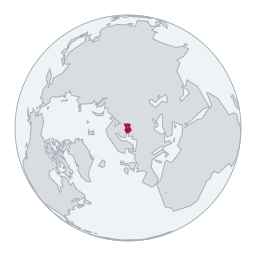 Leningrad on an orthographic globe, rotated 271°
{"feature_id": "RUS-2336", "entity_name": "Leningrad", "entity_type": "Region", "adm_level": 1, "iso_a3": "RUS", "parent_name": "Russia", "parent_adm1": "", "projection": "orthographic", "projection_center": [31.635, 59.881], "detail": "fine", "context": "on_globe", "style": "filled", "palette": "rose", "viewbox_px": 256, "rotation_deg": 271, "n_neighbors": 0, "source": "natural_earth", "source_scale": "10m", "svg_char_len": 12787}
<svg xmlns="http://www.w3.org/2000/svg" viewBox="0 0 256 256"><g transform="rotate(271 128 128)"><circle cx="128" cy="128" r="113" fill="#eef3f6" stroke="#a8b0b8"/><path d="M59.1,38.9L75.0,29.2L64.7,34.8L68.5,32.4L73.2,29.6L72.4,30.2L79.3,27.2L84.8,24.9L93.1,23.5L97.8,26.4L94.7,26.9L96.2,27.7L100.3,27.2L102.6,26.7L113.3,30.1L126.8,31.2L131.4,29.6L130.1,31.7L139.0,27.5L146.5,27.6L137.8,28.7L136.8,29.9L141.8,30.5L141.8,31.8L144.2,32.9L143.7,34.5L138.7,35.2L138.3,36.3L141.9,36.7L143.7,38.7L138.5,37.9L141.1,41.4L133.1,43.6L119.7,40.9L115.0,44.2L100.5,46.9L101.5,48.3L96.7,50.4L96.2,52.8L93.6,52.8L95.4,54.8L97.8,54.4L99.4,55.1L99.3,56.6L96.0,56.8L95.6,56.1L94.6,56.9L93.0,56.4L93.8,57.4L89.8,57.6L93.5,59.6L90.2,61.6L87.7,61.1L88.2,58.3L83.6,50.8L81.2,49.8L77.2,51.0L69.2,59.1L66.4,59.2L62.4,61.5L63.8,62.6L67.4,61.3L69.0,64.1L73.2,62.3L74.5,63.2L78.7,62.7L77.8,65.9L74.5,69.4L71.0,70.1L69.4,71.7L72.6,73.7L65.7,77.7L60.7,85.4L59.0,86.2L56.0,82.7L56.6,75.8L52.8,72.1L54.9,77.8L50.5,80.0L49.7,81.8L49.7,83.7L51.2,84.2L49.7,85.7L47.0,80.5L48.4,79.0L49.2,80.6L49.5,77.5L47.6,74.3L45.5,75.8L45.0,69.9L43.4,71.0L42.5,70.4L44.9,69.0L40.5,71.5L39.5,66.1L33.5,70.9L39.8,63.7L42.2,59.9L44.7,55.9L43.7,56.6L48.3,50.9L50.3,47.6L47.7,49.1L44.4,52.5L51.4,45.4L59.1,38.9ZM41.8,55.5L38.7,59.4L38.7,59.7L36.1,63.7L34.8,64.8L41.8,55.5ZM33.2,67.1L29.6,73.3L29.0,74.2L33.2,67.1ZM22.2,89.4L22.0,89.9L21.0,93.8L19.8,96.9L20.1,97.0L18.9,101.3L17.5,111.6L17.3,111.5L16.0,124.2L16.5,135.8L16.6,140.5L16.4,140.8L17.0,144.7L17.0,145.8L21.2,161.5L24.9,171.5L25.8,174.8L25.0,173.5L21.8,165.5L19.2,157.3L17.3,148.9L16.0,140.3L15.4,131.7L15.5,123.1L16.2,114.5L17.5,106.0L19.5,97.6L22.2,89.4ZM32.1,71.9L26.3,83.5L28.1,78.4L28.0,79.0L29.8,75.7L32.6,70.5L34.6,66.4L32.1,71.9ZM33.0,73.7L33.9,71.9L33.3,73.5L33.0,73.7ZM103.6,26.3L100.3,27.1L96.6,27.1L99.4,26.3L103.6,26.3ZM110.7,26.9L109.1,27.5L107.6,26.3L108.9,26.3L110.7,26.9ZM134.7,28.3L132.0,28.2L134.6,27.8L134.7,28.3ZM144.6,32.8L145.4,32.5L146.3,33.2L144.6,32.8ZM79.0,61.0L78.9,61.8L78.1,61.5L79.0,61.0ZM81.0,60.0L80.2,59.0L81.0,58.4L81.5,59.0L81.0,60.0ZM146.5,36.4L147.7,37.8L145.6,36.4L146.5,36.4ZM81.7,61.3L82.6,57.5L84.0,56.4L87.0,58.0L81.7,61.3ZM147.9,38.7L151.0,42.3L153.0,41.7L149.2,45.5L147.8,41.1L144.8,39.5L147.2,39.6L147.9,38.7ZM98.6,53.6L96.0,54.1L98.3,52.4L98.6,53.6ZM99.7,52.3L104.3,46.2L108.1,46.3L105.8,48.3L110.7,47.4L110.3,50.4L107.5,51.6L105.1,50.9L106.8,52.6L99.7,52.3ZM146.6,47.1L146.6,48.1L145.7,47.2L146.6,47.1ZM100.2,55.3L100.8,54.0L104.1,54.0L103.5,56.6L102.6,55.7L100.2,55.3ZM112.3,45.8L114.6,46.3L114.9,48.8L115.9,49.4L110.6,50.5L112.3,45.8ZM101.8,56.5L103.1,57.9L101.5,59.3L99.8,56.6L101.8,56.5ZM105.2,52.9L106.8,53.0L105.7,53.8L105.2,52.9ZM96.3,65.2L97.0,63.5L98.8,63.3L96.3,65.2ZM103.7,58.4L104.3,57.9L105.1,57.7L105.6,58.9L103.7,58.4ZM111.2,52.3L110.8,53.3L113.4,52.0L113.7,53.9L110.1,54.4L111.8,55.0L111.9,55.6L108.9,55.3L111.2,52.3ZM108.4,59.4L104.0,60.8L102.4,63.9L100.7,64.1L103.6,59.2L108.4,59.4ZM108.9,57.0L108.2,58.6L106.5,58.0L106.0,56.6L108.9,57.0ZM115.2,55.1L115.6,52.0L116.4,52.0L115.2,55.1ZM108.2,60.4L109.3,60.1L108.3,60.7L108.2,60.4ZM113.4,56.9L113.5,55.7L114.3,55.8L113.4,56.9ZM111.4,60.4L110.0,60.8L109.6,59.9L111.4,60.4ZM112.6,58.9L113.8,59.2L110.3,59.3L112.5,58.3L112.6,58.9ZM114.2,57.1L114.8,56.8L114.1,57.6L114.2,57.1ZM113.8,63.8L109.5,64.1L108.6,62.0L112.9,62.0L113.8,63.8ZM102.5,237.7L99.6,236.9L91.1,231.9L94.0,230.4L92.8,227.8L84.3,218.9L86.2,215.3L83.9,212.6L79.2,211.3L76.6,207.9L73.8,206.6L56.4,198.6L51.2,191.6L45.5,175.1L48.7,172.7L49.6,166.7L72.3,157.6L76.8,161.6L94.3,165.5L96.4,167.0L94.0,172.0L106.9,181.7L111.4,177.9L123.4,182.5L131.6,182.4L135.1,172.2L121.7,172.2L119.7,167.0L130.7,162.5L142.5,162.4L142.1,160.3L135.0,156.2L138.0,152.0L132.5,154.4L134.5,156.5L131.2,158.1L129.1,156.3L130.3,154.8L126.8,153.9L122.3,161.3L123.8,164.3L114.5,164.9L116.2,169.9L113.6,171.9L109.8,164.2L110.4,161.5L103.1,152.0L101.6,154.8L108.4,164.0L106.2,163.0L104.2,167.2L103.9,163.2L96.9,152.7L88.7,151.9L77.8,159.2L73.1,157.8L69.4,153.3L73.9,143.2L83.9,147.5L85.6,144.2L84.1,137.4L87.2,139.4L87.8,137.3L91.6,138.6L97.4,135.0L101.3,135.7L104.0,129.2L106.4,128.8L104.1,132.6L104.6,135.8L114.4,137.5L116.4,136.3L117.4,132.0L120.0,133.2L119.7,128.8L125.5,127.7L118.1,125.6L119.1,120.8L122.8,117.5L121.8,115.6L115.7,121.1L114.5,123.6L115.5,126.4L110.9,133.4L107.5,134.0L107.2,125.4L102.3,125.4L104.3,119.0L119.6,107.8L125.8,105.9L135.1,112.6L133.4,115.7L129.2,114.7L132.7,120.0L132.6,117.5L134.7,118.5L136.2,114.4L137.7,114.9L136.4,110.2L138.5,110.4L139.3,113.4L143.3,107.8L147.8,107.2L147.9,105.7L146.8,104.3L153.2,104.6L153.0,103.5L150.8,103.0L149.0,100.5L148.4,96.2L150.6,96.6L151.2,98.1L155.8,102.1L156.9,106.4L157.7,106.1L157.3,102.5L151.7,97.6L150.7,95.0L153.6,96.9L152.5,96.0L152.7,94.8L155.0,94.0L151.9,91.8L150.9,78.9L155.3,76.3L158.0,79.2L159.7,71.2L164.5,69.2L162.5,68.7L162.0,64.7L160.5,65.3L159.4,64.7L157.3,55.2L158.6,53.4L155.4,49.1L154.4,48.8L153.2,49.9L149.2,45.5L153.0,41.7L155.2,42.4L156.1,39.7L160.9,41.8L165.3,42.4L170.1,46.4L173.2,46.7L173.1,45.7L177.3,45.4L185.9,48.8L179.0,50.6L166.1,47.3L171.4,49.0L170.2,50.0L172.1,51.6L175.8,52.7L176.2,52.0L182.3,61.9L191.2,68.7L190.6,64.3L192.9,63.2L202.6,67.9L214.1,84.2L217.4,83.5L219.4,85.2L220.6,89.3L217.7,87.0L216.5,89.0L214.7,87.2L215.7,93.3L213.1,91.0L215.1,97.0L217.3,97.3L217.4,92.7L220.3,99.1L223.8,97.9L227.2,101.2L231.3,115.1L231.0,124.5L231.6,126.1L229.9,127.6L230.0,133.8L235.0,135.1L235.7,137.1L234.8,146.9L234.4,145.6L229.9,149.7L230.8,155.6L234.2,153.6L235.5,155.9L233.6,159.0L232.1,157.2L230.5,158.5L229.7,153.9L226.1,150.2L224.1,155.5L223.1,152.8L217.8,151.3L214.2,158.8L209.4,174.4L210.6,181.7L208.1,187.3L200.3,182.1L196.8,175.9L194.0,178.8L186.0,176.0L172.1,182.5L170.1,180.9L167.5,183.0L161.9,182.6L158.9,179.5L155.4,180.7L163.5,188.5L167.1,187.1L170.2,182.1L171.7,185.2L177.2,186.0L171.1,196.5L150.6,208.7L148.6,203.3L133.2,187.3L133.7,185.1L133.6,184.8L133.4,184.4L132.0,188.0L129.3,184.4L137.5,196.8L138.9,201.8L150.3,209.1L149.2,210.1L152.9,211.1L164.7,206.1L164.8,207.9L159.2,217.2L142.8,228.9L145.0,233.1L143.9,236.3L133.8,238.7L134.9,239.8L129.7,240.3L129.4,240.6L126.8,240.6L118.7,240.3L110.5,239.3L102.5,237.7ZM64.2,165.8L63.5,167.6L64.2,165.8ZM154.9,167.1L162.0,165.6L158.9,159.7L161.4,158.6L159.4,157.1L158.7,159.2L153.9,154.6L156.9,151.7L156.1,148.8L153.7,149.2L148.8,155.3L155.6,161.9L154.0,165.1L154.9,167.1ZM17.5,111.9L17.2,113.8L17.3,112.1L17.5,111.9ZM27.5,78.7L26.7,80.8L26.0,82.2L26.4,80.8L27.5,78.7ZM22.4,96.0L21.9,98.7L22.1,96.4L22.4,96.0ZM25.6,85.3L22.9,94.0L23.4,90.0L25.3,84.6L24.4,87.6L25.6,85.3ZM31.8,74.1L31.1,75.5L30.7,75.6L31.8,74.1ZM32.6,74.9L32.7,74.4L33.4,73.4L32.6,74.9ZM50.7,80.3L50.9,80.8L50.5,82.8L50.0,82.0L50.7,80.3ZM53.6,90.8L51.0,93.1L52.5,90.9L51.1,90.2L52.5,84.9L58.1,86.3L55.3,86.5L53.6,90.8ZM55.9,78.4L54.4,81.4L55.8,78.0L55.9,78.4ZM87.3,124.8L88.4,126.9L86.7,129.0L81.8,128.6L84.2,125.5L87.3,124.8ZM90.4,129.4L91.5,121.4L94.7,121.5L92.7,122.7L94.7,123.6L92.1,125.9L93.9,134.1L92.6,136.6L84.2,134.2L87.7,133.5L86.4,131.4L90.4,129.4ZM88.9,102.1L89.5,99.0L95.6,103.1L94.4,105.6L89.3,105.2L87.8,102.1L88.9,102.1ZM86.6,65.0L86.5,63.8L87.4,63.7L88.3,64.6L86.6,65.0ZM96.5,64.4L88.4,70.0L87.8,68.9L83.8,73.7L80.6,72.8L83.3,69.7L77.9,72.7L79.0,69.5L75.5,71.9L81.8,65.1L82.6,62.5L82.9,65.7L85.8,66.6L87.4,66.2L92.2,63.2L95.4,58.3L98.8,58.5L100.4,60.0L100.1,61.2L98.0,60.6L99.2,62.7L95.9,62.8L96.5,64.4ZM116.7,79.4L114.3,77.9L116.2,82.8L112.9,82.6L113.3,83.2L110.8,84.4L108.5,87.0L107.1,86.5L106.8,87.7L105.2,88.6L104.3,90.2L101.4,89.8L100.1,91.7L99.5,90.5L98.1,93.9L97.9,91.2L95.7,92.3L97.0,94.3L83.6,89.5L78.2,89.8L73.8,91.6L74.0,87.0L78.3,82.4L84.5,78.8L89.7,79.3L88.8,77.2L91.1,76.9L90.8,78.6L92.6,75.7L94.4,75.9L99.8,73.2L101.3,69.0L103.3,68.0L103.6,69.7L105.5,67.5L107.4,70.1L108.9,69.5L112.4,71.6L112.1,75.5L113.8,74.5L116.5,76.1L116.7,79.4ZM114.7,64.5L115.1,69.0L113.6,71.2L108.2,66.7L106.6,66.9L103.1,64.3L105.4,61.3L106.2,62.3L107.5,62.6L106.3,63.4L108.3,62.9L109.4,64.3L111.2,64.4L110.9,65.8L114.7,64.5ZM99.1,165.5L100.7,166.2L103.4,166.5L102.3,169.2L99.1,165.5ZM94.1,158.5L95.7,158.5L95.3,162.3L93.6,161.7L94.1,158.5ZM96.8,155.4L95.8,158.2L95.3,156.3L96.8,155.4ZM105.6,132.5L107.3,132.4L107.3,133.4L106.3,134.7L105.6,132.5ZM121.6,94.5L120.4,93.1L121.0,92.6L120.7,88.7L123.1,88.6L124.2,90.9L121.6,94.5ZM132.7,174.1L130.2,176.1L129.0,175.2L130.1,174.7L132.7,174.1ZM115.4,173.4L119.2,175.0L115.0,174.1L115.4,173.4ZM124.1,93.7L123.7,92.1L125.1,93.1L124.1,93.7ZM124.8,88.4L126.6,89.1L123.3,88.2L124.8,88.4ZM163.1,231.8L155.2,237.0L149.9,238.1L149.0,237.7L152.0,235.0L158.2,232.8L161.2,230.6L163.1,231.8ZM236.5,158.1L235.4,161.8L235.9,159.8L237.8,153.1L236.5,158.1ZM235.8,160.2L233.6,164.4L228.5,165.6L230.4,162.5L235.2,157.7L235.0,159.1L236.4,157.1L235.8,160.2ZM239.6,143.1L238.9,147.6L238.3,150.1L237.9,149.0L238.1,146.2L238.7,143.9L239.5,128.8L240.0,126.8L240.1,132.1L240.5,131.6L240.2,138.1L240.0,140.1L239.6,143.1ZM211.1,182.0L213.7,183.8L212.2,186.1L211.1,182.0ZM238.7,120.9L239.1,127.3L238.4,120.4L238.7,120.9ZM237.6,115.6L238.1,116.7L237.5,117.0L237.6,115.6ZM232.6,128.0L232.1,130.8L231.5,129.9L231.9,125.8L232.6,128.0ZM229.8,104.1L231.8,106.8L232.4,108.3L231.2,107.8L229.8,104.1ZM144.0,91.7L141.8,97.1L141.8,101.1L144.2,103.6L139.8,102.5L139.8,96.3L144.0,91.7ZM149.8,80.4L147.6,78.5L149.2,77.9L149.9,78.3L149.8,80.4ZM148.1,80.3L144.3,80.6L143.4,78.6L146.6,78.7L148.1,80.3ZM134.2,87.0L133.4,88.6L132.2,87.7L134.2,87.0ZM240.5,133.3L240.6,130.9L240.6,128.0L240.5,122.6L240.6,124.2L240.6,130.2L240.6,130.4L240.5,133.3ZM239.9,116.1L239.5,117.0L239.8,120.4L238.8,112.1L239.3,112.7L239.9,116.1ZM238.7,114.0L239.0,117.2L238.4,112.9L238.7,114.0ZM238.8,117.1L238.2,115.9L238.3,114.2L238.8,117.1ZM238.7,112.8L237.7,109.8L238.3,110.3L238.7,112.8ZM236.7,113.5L237.9,111.7L237.3,116.1L234.8,111.5L234.8,109.1L236.7,113.5ZM220.9,81.3L219.5,80.5L218.8,78.1L220.0,79.3L220.9,81.3ZM215.3,70.0L218.2,77.3L220.3,83.3L220.8,82.4L223.3,85.7L221.3,86.0L218.1,80.1L216.9,75.9L214.5,73.6L212.3,69.6L209.3,68.1L207.6,66.0L209.9,66.2L215.3,70.0ZM208.0,67.6L202.0,63.9L201.7,60.5L203.0,60.5L205.9,63.6L205.8,65.2L208.0,67.6ZM200.4,62.1L200.3,63.7L191.2,62.7L189.3,61.7L196.0,60.3L196.3,61.8L198.6,62.7L200.4,62.1ZM147.8,48.0L146.7,48.1L147.4,47.4L147.8,48.0ZM158.6,65.1L157.3,64.3L158.2,63.4L158.6,65.1ZM154.3,61.4L154.2,63.0L153.3,61.2L154.3,61.4ZM154.3,66.7L153.8,63.6L155.6,66.8L154.3,66.7Z" fill="#d9dde1" stroke="#a8b0b8" stroke-width="1"/><path d="M124.5,126.4L124.7,126.2L124.8,126.0L125.0,125.9L125.2,125.7L125.3,125.6L125.5,125.4L125.8,125.2L125.9,125.3L126.0,125.3L126.3,125.4L129.0,126.5L129.2,126.4L129.4,126.3L129.4,126.2L129.5,126.2L129.4,126.1L129.5,126.0L129.7,125.9L129.8,125.8L130.0,125.9L130.1,125.6L129.9,125.5L129.7,125.5L129.7,125.4L129.8,125.3L130.4,125.3L130.5,125.3L130.6,125.5L130.7,125.4L130.7,125.2L130.8,125.2L131.0,125.2L131.4,125.2L131.5,125.1L131.5,125.3L131.8,125.3L131.8,125.5L131.7,125.7L131.7,125.8L131.6,126.0L131.4,126.0L131.4,126.3L131.5,126.3L131.5,126.5L131.5,126.8L131.5,127.0L131.4,127.1L131.4,127.3L131.5,127.5L131.4,127.6L131.5,127.7L131.8,127.8L131.7,127.8L131.7,128.1L131.8,128.2L131.8,128.3L132.0,128.2L132.0,128.3L131.9,128.4L131.8,128.5L131.7,128.6L131.8,128.8L131.7,128.9L131.7,129.0L131.8,129.0L131.6,129.1L131.4,129.1L131.2,129.3L131.2,129.5L131.0,129.4L130.9,129.5L130.9,129.4L130.7,129.3L130.4,129.4L130.2,129.3L130.2,129.2L129.9,129.0L129.7,129.0L129.4,129.0L129.4,128.9L129.3,129.0L129.2,129.0L129.1,129.3L129.0,129.5L129.0,129.4L128.9,129.3L128.7,129.3L128.7,129.2L128.4,129.0L128.3,128.9L128.3,129.0L128.2,129.0L127.9,129.0L127.9,129.3L127.8,129.5L127.7,129.6L127.7,129.8L127.6,129.7L127.4,129.6L127.3,129.8L127.1,130.0L126.8,130.2L126.7,130.3L126.7,130.2L126.4,130.2L126.4,130.3L126.4,130.5L126.5,130.6L126.4,130.7L126.5,130.7L126.4,130.7L126.4,130.8L126.2,130.8L125.8,130.7L125.6,130.4L125.4,130.2L125.1,130.0L124.9,129.9L124.6,129.9L124.5,129.7L124.4,129.7L124.2,129.6L124.2,129.3L124.2,129.2L124.3,129.1L124.5,129.0L124.4,129.0L124.5,129.0L124.5,128.9L124.4,128.7L124.5,128.5L124.4,128.4L124.4,128.2L124.5,128.1L124.6,128.3L124.8,128.3L124.8,128.1L125.0,128.0L125.3,128.1L125.4,127.9L125.5,127.8L125.6,127.7L126.1,127.8L126.1,128.0L126.3,128.2L126.5,128.4L126.6,128.5L126.9,128.5L126.9,128.4L127.0,128.3L127.1,128.2L126.9,128.0L126.9,127.9L126.8,127.7L126.7,127.6L126.8,127.6L126.7,127.5L126.0,127.2L125.9,127.3L125.5,127.4L125.4,127.3L125.4,127.2L125.2,127.0L125.1,126.9L125.0,126.7L124.9,126.6L125.0,126.6L125.1,126.8L125.2,126.7L125.1,126.4L124.9,126.4L124.9,126.5L124.7,126.6L124.4,126.6L124.5,126.4ZM125.1,126.5L125.1,126.4L125.1,126.5ZM123.5,127.5L123.4,127.6L123.4,127.4L123.5,127.5ZM124.9,127.0L125.0,127.0L124.9,127.0L124.9,127.0ZM124.3,127.6L124.2,127.7L124.3,127.6L124.3,127.6Z" fill="#f43f5e" stroke="#9f1239" stroke-width="1.5"/></g></svg>